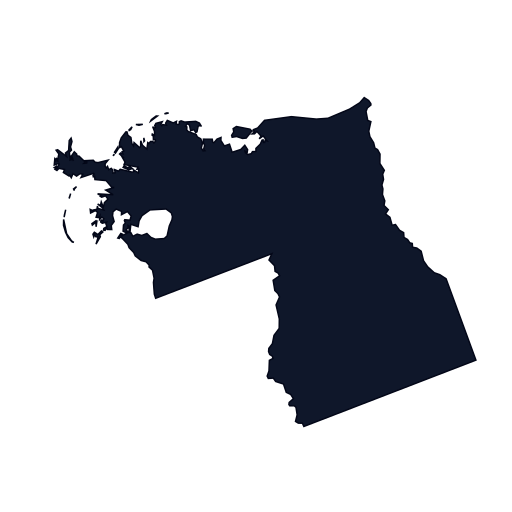 SVG path tracing the border of Louisiana, rotated 159°
{"feature_id": "USA-3535", "entity_name": "Louisiana", "entity_type": "State", "adm_level": 1, "iso_a3": "USA", "parent_name": "United States of America", "parent_adm1": "", "projection": "equal_earth", "projection_center": [-90.64, 30.971], "detail": "fine", "context": "isolated", "style": "filled", "palette": "ink", "viewbox_px": 512, "rotation_deg": 159, "n_neighbors": 0, "source": "natural_earth", "source_scale": "10m", "svg_char_len": 6173}
<svg xmlns="http://www.w3.org/2000/svg" viewBox="0 0 512 512"><g transform="rotate(159 256 256)"><path d="M378.6,322.3L374.1,325.5L373.0,324.4L374.7,323.8L374.1,322.8L366.8,323.8L364.5,322.7L363.9,318.5L359.1,319.0L355.3,316.1L349.8,316.1L347.5,311.1L344.0,307.8L335.4,305.2L331.8,306.6L326.2,315.1L321.5,319.9L319.9,322.7L319.6,326.6L323.1,332.1L338.4,337.0L348.0,334.5L352.5,330.8L355.6,325.6L361.5,330.5L364.9,323.8L365.4,325.0L363.6,329.2L364.5,330.4L365.4,328.0L368.4,326.9L366.8,325.0L369.4,324.8L371.2,326.8L368.6,332.4L366.1,333.6L366.2,336.2L365.5,336.9L360.8,334.6L358.2,338.1L360.1,343.6L366.8,342.8L365.5,345.8L369.7,349.9L373.7,348.5L375.5,345.0L376.1,339.0L380.2,336.4L381.2,332.4L385.1,334.0L385.1,335.7L387.7,334.0L389.1,334.8L388.2,336.3L384.6,336.9L384.6,339.9L383.3,341.1L387.8,341.7L388.8,343.3L388.1,344.6L386.9,344.9L386.4,343.5L384.6,345.2L386.0,347.6L388.9,346.1L387.3,349.5L389.1,348.2L391.4,349.5L388.2,353.5L390.5,357.1L387.8,356.6L386.1,359.5L386.5,357.1L381.6,353.5L381.9,355.1L378.3,360.2L373.8,362.1L374.9,366.1L379.0,366.2L379.8,367.3L378.5,367.3L381.6,370.8L367.3,364.3L372.7,371.4L363.7,370.8L366.0,371.8L368.9,380.1L379.0,385.1L378.1,388.2L379.5,388.2L379.3,389.6L377.7,390.5L378.0,391.4L391.2,392.0L388.4,394.4L390.9,395.9L394.9,394.9L397.3,398.5L400.4,395.3L400.9,398.3L401.9,397.7L405.9,403.0L403.7,405.4L408.6,408.4L411.2,407.2L412.6,409.0L411.3,409.6L412.6,410.8L410.0,411.4L410.0,409.6L407.0,412.2L406.9,413.2L411.8,413.2L409.1,418.6L408.7,416.3L406.9,415.7L407.8,419.2L406.4,417.4L403.5,421.9L404.7,426.4L403.1,426.3L397.2,416.8L397.0,420.4L393.1,421.7L389.0,430.7L386.4,432.3L386.8,428.8L390.1,424.3L390.3,421.0L393.0,419.8L395.3,412.1L394.3,412.0L393.4,415.0L392.3,410.2L392.1,415.7L388.3,418.4L386.9,415.4L387.3,413.7L385.4,412.6L381.8,404.9L383.5,404.2L380.9,403.4L380.2,404.3L380.9,406.1L373.6,403.7L372.6,401.2L370.0,399.8L359.8,398.5L363.8,396.2L364.7,393.8L364.3,391.9L362.5,392.9L362.6,389.4L359.7,389.7L358.9,387.5L359.9,384.7L357.6,384.2L357.1,387.4L353.9,384.5L351.7,385.6L341.4,378.6L339.5,378.6L339.6,380.4L336.0,375.6L334.3,379.2L336.0,379.7L334.2,381.2L346.4,388.7L344.6,390.6L345.5,396.5L344.1,394.7L346.8,400.1L345.5,400.7L343.6,399.0L343.7,401.3L341.8,401.3L342.5,406.4L344.6,406.1L342.7,410.8L339.4,414.6L333.0,418.5L332.0,418.1L332.3,414.6L330.3,411.5L331.6,405.4L330.9,402.6L329.2,405.6L325.8,398.9L324.5,399.6L322.3,404.9L322.3,400.1L319.6,394.9L316.4,400.7L315.5,399.4L313.5,400.7L311.3,399.9L310.8,398.1L308.6,399.3L308.3,400.7L310.1,401.3L308.9,404.8L309.7,406.1L309.1,407.0L307.5,404.9L306.1,408.5L306.1,413.8L305.4,411.9L303.9,412.0L303.8,414.1L301.9,415.7L295.4,415.0L297.7,413.1L297.2,411.4L296.0,412.1L292.7,410.2L292.8,412.4L290.2,414.4L285.6,409.9L282.0,410.2L283.3,407.9L281.6,406.6L280.2,406.9L279.4,408.9L277.5,409.0L274.6,406.6L264.0,403.3L261.2,400.4L260.5,396.5L261.2,397.8L263.5,397.9L266.6,393.1L268.1,392.9L268.6,396.1L272.1,396.5L271.2,401.9L272.6,404.2L275.3,402.4L274.3,401.3L275.5,398.5L274.7,396.6L268.3,390.8L268.1,388.2L265.6,385.2L265.5,380.6L268.3,376.5L267.8,373.1L265.9,372.6L266.5,374.6L264.3,377.7L264.5,380.4L263.2,383.9L255.0,380.7L255.6,377.6L254.7,376.8L250.5,379.1L246.2,379.2L247.4,376.5L246.1,370.1L240.7,369.9L241.1,361.4L232.0,360.9L226.8,363.4L225.7,358.3L227.1,355.9L228.7,357.8L228.9,356.3L227.5,353.7L223.7,353.2L221.9,354.7L218.6,353.6L217.5,356.5L211.9,358.9L208.8,362.0L207.8,361.9L208.3,359.3L207.2,358.9L206.1,360.7L204.4,359.5L206.3,365.5L211.0,364.3L208.3,366.1L210.5,372.0L213.6,370.6L215.9,371.4L213.1,372.4L212.7,373.3L214.0,373.8L213.2,374.9L208.6,374.9L199.4,379.6L173.0,373.4L150.6,362.2L139.4,358.8L116.0,359.6L104.2,361.9L98.2,365.1L95.1,360.8L94.2,357.2L94.6,355.8L99.0,354.3L101.5,351.5L103.1,342.5L100.6,340.3L106.0,332.1L106.9,326.6L105.6,319.6L106.3,314.1L104.4,311.8L103.7,306.7L107.2,298.0L105.5,290.0L108.4,287.0L109.5,281.8L113.0,277.2L113.5,273.1L115.9,268.1L116.0,261.3L118.4,257.3L115.9,251.8L120.0,248.9L117.1,244.1L117.9,235.9L114.5,235.4L112.8,228.6L109.8,224.9L111.2,220.3L108.6,217.1L107.7,213.2L105.6,211.7L106.7,208.1L103.0,205.8L100.1,201.3L101.3,191.5L99.6,184.4L95.6,176.5L91.1,172.7L86.7,166.6L88.0,80.0L272.4,79.7L272.6,83.3L276.4,84.8L278.4,87.4L274.5,93.0L272.9,100.4L273.9,102.4L278.2,104.1L278.5,105.6L277.5,107.4L272.2,109.4L273.2,114.3L276.6,117.9L276.2,126.6L282.6,131.8L283.6,135.8L288.4,137.3L288.6,139.9L285.1,144.0L280.9,153.8L276.8,154.3L276.6,156.6L278.5,159.2L278.5,162.3L277.1,165.2L272.1,168.3L267.6,175.5L260.3,180.1L256.8,188.9L254.8,203.1L248.7,209.3L249.0,213.1L250.8,217.0L248.7,227.2L241.0,229.1L241.5,232.2L243.7,234.8L242.2,240.3L245.3,247.6L240.3,252.5L364.8,252.5L364.6,256.8L361.2,268.1L359.1,271.7L357.7,279.9L359.8,284.0L359.0,285.8L360.7,290.0L364.9,293.0L368.7,299.4L368.9,303.1L371.5,309.3L371.4,312.8L374.6,320.6L376.1,322.6L377.4,321.4L378.6,322.3ZM231.7,383.1L227.9,383.9L216.1,376.5L215.2,374.1L222.9,369.6L226.5,370.6L231.3,374.5L235.7,375.4L235.5,377.4L232.3,379.8L231.7,383.1ZM400.6,332.1L400.4,334.8L398.4,336.1L395.9,332.7L391.3,334.8L390.4,333.3L394.3,331.8L394.4,329.8L401.1,324.4L396.6,330.2L398.7,331.5L398.9,334.0L400.6,332.1ZM348.3,386.3L346.9,387.4L344.1,384.4L341.9,384.8L340.1,382.0L343.9,382.1L348.3,386.3ZM421.2,334.0L422.6,335.0L424.8,340.5L425.3,346.4L424.7,353.6L422.5,359.1L424.8,344.7L422.8,336.2L421.2,334.0ZM382.0,355.9L385.2,361.3L383.1,358.9L381.1,361.9L381.1,357.0L382.0,355.9ZM391.1,355.8L395.0,355.4L394.1,358.9L391.1,355.8ZM297.9,422.0L306.0,419.7L305.1,420.6L304.0,421.1L299.0,422.5L297.9,422.0ZM350.4,402.4L350.9,403.6L346.0,407.2L346.4,405.3L350.4,402.4ZM318.4,420.0L321.0,421.8L314.5,419.5L318.4,420.0ZM397.7,343.5L397.6,345.0L393.8,346.0L394.8,344.5L397.7,343.5ZM394.8,340.6L393.7,344.1L391.6,346.3L394.8,340.6ZM325.4,421.0L327.7,418.9L329.4,418.6L329.4,419.2L325.4,421.0ZM402.2,382.2L402.3,384.0L398.7,385.1L401.9,383.4L402.2,382.2ZM319.6,403.0L318.4,406.5L318.8,403.4L319.6,403.0ZM420.2,362.9L417.1,367.4L421.2,361.0L420.2,362.9ZM286.3,420.8L289.0,421.1L290.5,421.6L288.2,421.6L286.3,420.8ZM409.4,377.1L409.9,376.8L406.7,380.7L409.4,377.1ZM352.3,401.3L353.6,400.8L351.9,401.9L352.3,401.3Z" fill="#0f172a" stroke="#020617" stroke-width="1.5"/></g></svg>